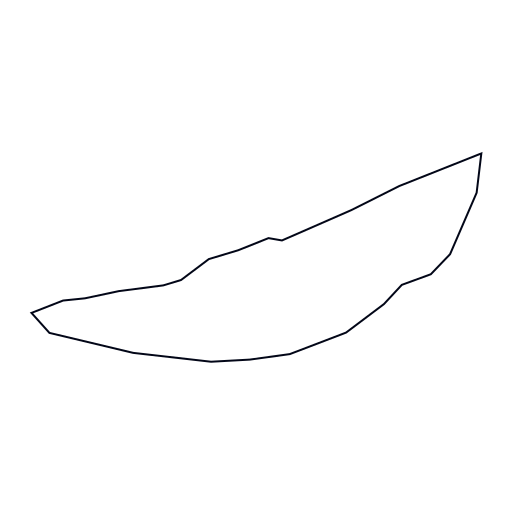 outline of Oneop, Federated States of Micronesia, rotated 271°
{"feature_id": "79324940B91828463589431", "entity_name": "Oneop", "entity_type": "district", "adm_level": 2, "iso_a3": "FSM", "parent_name": "Federated States of Micronesia", "parent_adm1": "", "projection": "equal_earth", "projection_center": [153.711, 5.508], "detail": "fine", "context": "isolated", "style": "outline", "palette": "ink", "viewbox_px": 512, "rotation_deg": 271, "n_neighbors": 0, "source": "geoboundaries", "source_scale": "gbopen_adm2", "svg_char_len": 462}
<svg xmlns="http://www.w3.org/2000/svg" viewBox="0 0 512 512"><g transform="rotate(271 256 256)"><path d="M158.5,291.5L181.0,347.4L210.2,384.8L229.7,402.3L240.8,431.1L261.2,450.0L323.1,475.5L362.5,479.5L328.5,398.1L303.5,350.4L272.0,281.7L274.1,268.2L261.4,238.0L252.1,208.9L230.7,181.5L225.0,163.8L218.5,119.5L210.7,85.7L208.1,63.9L195.2,32.5L175.5,50.8L157.0,134.9L149.5,212.9L152.3,251.6L158.5,291.5Z" fill="none" stroke="#020617" stroke-width="2"/></g></svg>